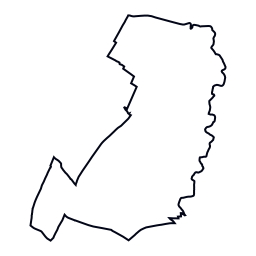 the district of Cuautlancingo, Puebla, Mexico
{"feature_id": "50627088B22654008154973", "entity_name": "Cuautlancingo", "entity_type": "district", "adm_level": 2, "iso_a3": "MEX", "parent_name": "Mexico", "parent_adm1": "Puebla", "projection": "albers", "projection_center": [-98.25, 19.119], "detail": "fine", "context": "isolated", "style": "outline", "palette": "ink", "viewbox_px": 256, "rotation_deg": 0, "n_neighbors": 0, "source": "geoboundaries", "source_scale": "gbopen_adm2", "svg_char_len": 5821}
<svg xmlns="http://www.w3.org/2000/svg" viewBox="0 0 256 256"><path d="M179.9,24.0L170.4,21.5L155.6,17.5L151.6,16.2L147.9,15.6L144.5,15.6L141.1,15.8L136.0,16.2L133.9,16.4L132.7,16.3L131.3,16.0L129.8,15.5L128.2,15.4L127.7,16.5L125.6,20.2L124.8,21.9L122.6,25.5L119.0,32.2L114.0,41.1L116.1,42.7L115.5,43.7L111.8,49.7L108.7,54.5L107.6,56.4L115.4,60.4L116.5,61.2L117.0,61.4L117.6,61.6L118.5,62.0L119.5,62.6L119.5,63.8L119.8,64.2L120.7,64.5L121.8,64.8L124.2,66.5L123.2,68.7L131.2,74.4L134.0,76.5L131.1,83.3L134.6,85.4L136.7,86.8L127.1,108.8L126.9,108.5L126.5,108.3L126.1,108.0L124.8,107.4L124.4,107.3L123.9,106.8L125.1,109.0L125.5,109.7L126.9,111.1L127.4,111.8L127.7,112.4L128.1,113.3L128.4,113.5L128.8,113.6L129.3,113.4L129.2,113.6L129.2,113.9L129.3,114.4L129.5,114.6L130.8,115.2L128.3,118.7L123.5,123.4L121.2,125.7L117.9,127.9L115.7,129.9L114.1,131.5L109.6,135.8L106.7,138.3L103.7,141.1L102.2,142.7L101.2,143.9L91.9,157.0L89.1,161.2L82.5,170.8L79.9,174.9L78.7,176.7L77.0,180.7L76.6,182.2L76.0,183.6L75.8,184.3L75.7,184.9L74.4,183.5L71.3,179.3L70.6,179.1L69.8,177.8L67.7,175.1L66.8,174.0L65.4,172.7L63.7,170.6L62.9,169.6L62.3,168.6L61.7,167.9L61.3,167.2L61.1,165.4L61.1,163.7L60.6,162.9L58.6,160.8L57.3,159.9L55.8,159.0L54.3,157.7L53.9,157.2L50.4,165.8L50.9,166.4L50.8,166.7L50.7,167.3L50.4,167.8L50.1,167.9L47.7,172.8L47.0,174.6L45.2,178.3L43.8,181.6L41.9,185.3L40.9,188.7L36.9,197.1L35.6,200.1L34.7,202.4L33.0,207.8L32.6,208.5L32.7,208.8L32.4,210.4L32.2,212.7L32.0,213.5L32.0,214.4L31.7,215.2L31.7,216.7L31.6,218.1L31.3,219.9L30.5,225.5L32.9,227.4L33.9,228.1L35.3,228.8L40.4,230.9L41.3,231.4L41.7,231.8L44.7,235.7L45.4,236.6L47.2,238.5L50.6,240.6L52.1,239.1L53.4,237.8L54.0,236.2L55.6,232.9L57.3,229.8L58.4,226.9L61.7,221.3L62.2,220.6L64.6,214.7L66.1,216.4L67.5,217.4L68.5,217.9L74.7,220.3L74.9,220.5L75.0,220.5L75.2,220.4L80.2,222.2L81.9,222.8L88.4,225.1L93.3,226.5L102.1,228.1L111.4,229.9L112.3,230.8L115.2,232.3L123.1,236.7L128.6,240.3L134.7,235.1L136.2,233.6L137.4,232.6L139.0,231.2L140.9,229.8L143.8,228.4L146.2,227.4L156.8,225.4L160.0,224.9L161.0,224.8L165.9,223.9L169.7,223.3L171.3,223.2L174.7,223.2L173.8,222.0L172.8,220.9L170.6,219.3L169.9,218.7L169.4,218.1L172.6,218.3L178.5,218.4L178.3,217.4L178.0,216.6L181.0,216.4L180.8,213.1L181.9,213.1L182.7,213.5L182.8,213.9L183.0,213.8L184.6,215.3L185.1,215.2L184.8,214.8L184.4,214.3L183.4,211.8L182.8,210.7L182.3,210.1L181.6,209.4L181.2,208.7L180.5,207.9L179.2,206.5L178.6,205.3L178.5,204.3L179.1,202.3L180.3,199.1L180.9,198.2L181.4,197.9L182.2,197.8L183.1,197.8L186.8,196.9L188.2,196.7L190.6,196.6L192.0,196.3L192.8,196.0L193.4,195.8L193.7,195.5L193.9,194.9L194.0,194.3L194.1,193.6L194.0,192.7L194.1,192.0L194.0,190.9L194.2,189.4L194.1,188.1L194.2,187.2L194.1,186.1L194.1,184.3L194.3,183.1L194.4,181.7L194.3,181.0L193.6,180.5L192.4,179.8L191.8,179.3L191.6,178.5L191.9,177.7L192.0,176.9L192.5,176.1L193.1,175.4L193.9,174.7L194.4,173.6L195.0,172.9L195.5,172.4L195.9,172.3L196.3,172.2L197.5,172.4L198.1,172.6L198.6,172.5L199.1,172.3L199.9,171.9L200.8,171.5L201.4,171.1L201.7,170.9L202.2,170.3L202.5,169.8L203.0,168.9L203.3,168.7L203.4,168.3L203.4,168.0L203.2,167.6L202.9,166.7L202.5,166.3L202.3,166.0L202.2,165.5L202.1,164.6L202.0,164.4L201.8,164.3L201.5,163.8L201.1,163.6L200.6,162.7L200.3,162.1L200.1,161.7L199.7,161.2L199.5,160.4L199.5,160.1L199.6,158.7L199.7,158.4L199.7,158.0L199.8,157.6L199.9,157.4L200.7,157.3L202.1,157.2L203.5,156.8L204.3,156.7L205.2,156.8L206.0,156.6L206.4,156.2L206.6,155.3L206.9,154.0L207.1,153.2L207.5,152.0L207.9,151.3L208.3,150.3L208.7,149.4L209.7,147.7L209.8,147.3L210.0,146.5L210.0,145.7L209.7,144.8L209.6,143.8L209.8,143.0L210.0,142.7L211.4,141.7L212.1,141.0L212.3,140.7L212.9,140.2L213.2,139.8L213.3,139.3L213.4,138.8L213.5,138.4L213.6,138.1L213.8,137.5L213.8,137.3L213.4,136.8L212.0,135.6L211.4,135.2L210.5,134.9L209.6,134.3L209.0,133.7L208.5,133.4L207.1,132.7L206.1,132.0L205.9,131.6L205.6,131.4L205.4,130.9L205.4,130.4L205.2,130.1L205.1,129.6L205.2,129.1L205.6,128.6L206.1,127.8L206.7,127.3L207.2,127.0L207.7,126.9L208.6,126.8L210.2,126.2L211.0,125.7L211.8,125.1L212.1,124.4L212.4,124.1L212.6,123.6L212.8,123.3L213.0,122.8L213.4,122.0L214.1,121.8L214.5,121.3L214.7,120.7L214.8,120.0L215.1,117.8L215.1,117.0L214.9,116.4L214.6,115.7L214.1,115.2L213.8,115.0L213.0,114.8L212.2,114.5L210.7,114.6L209.5,114.2L208.7,113.9L208.9,112.6L209.3,111.8L209.8,110.4L210.1,108.7L210.3,107.1L210.0,105.8L209.9,105.2L209.6,104.6L209.4,103.1L209.4,102.7L209.3,102.2L209.3,101.1L209.5,100.7L210.3,100.0L211.6,98.7L212.1,98.2L213.0,97.2L213.7,96.2L214.0,96.0L214.3,95.7L214.1,94.9L213.7,94.4L213.4,94.3L212.5,94.2L212.2,94.0L212.1,93.9L212.0,93.5L212.0,92.7L212.0,92.4L212.1,91.9L212.4,90.7L212.6,89.4L212.8,88.8L212.8,88.4L213.0,88.1L213.1,87.4L213.0,87.0L213.1,86.8L213.2,86.6L213.6,86.3L214.0,85.9L214.6,85.5L216.6,84.9L217.2,84.9L218.4,85.1L220.3,85.7L221.1,85.9L221.8,85.8L222.3,85.7L222.8,85.3L223.1,85.0L223.4,84.6L223.7,84.1L224.5,81.6L225.2,77.5L224.8,75.9L224.3,74.8L223.5,73.6L222.2,72.4L221.7,71.3L221.9,70.7L222.5,70.2L224.1,69.5L224.7,69.1L225.3,68.4L225.5,67.3L225.5,66.8L225.2,66.2L224.3,64.1L223.7,62.8L223.0,61.6L222.5,59.8L219.6,55.4L218.7,54.8L216.7,54.2L215.8,54.2L215.5,53.8L214.8,52.5L214.3,51.7L213.3,50.3L211.4,48.1L211.3,47.5L211.4,47.3L212.0,46.3L213.1,45.0L213.5,44.2L213.9,41.3L213.6,39.5L213.4,38.5L213.6,37.9L214.0,37.0L214.8,35.8L215.0,35.0L215.2,34.0L215.0,33.0L214.3,32.0L213.3,31.0L212.3,30.1L212.1,28.3L211.2,26.9L210.5,26.3L209.6,26.1L208.3,26.0L206.4,26.1L204.0,26.2L201.7,26.3L200.3,26.5L199.3,26.1L198.7,25.7L196.4,25.2L194.7,24.9L193.7,24.9L192.9,25.3L192.5,25.9L192.4,27.1L192.1,27.6L191.6,28.3L191.1,28.6L190.8,28.7L190.6,28.5L190.6,28.2L190.7,27.8L190.6,26.8L190.9,24.8L190.6,23.7L190.0,23.2L189.3,23.0L188.3,23.3L186.4,23.9L184.3,24.5L182.6,24.5L179.9,24.0Z" fill="none" stroke="#020617" stroke-width="2"/></svg>